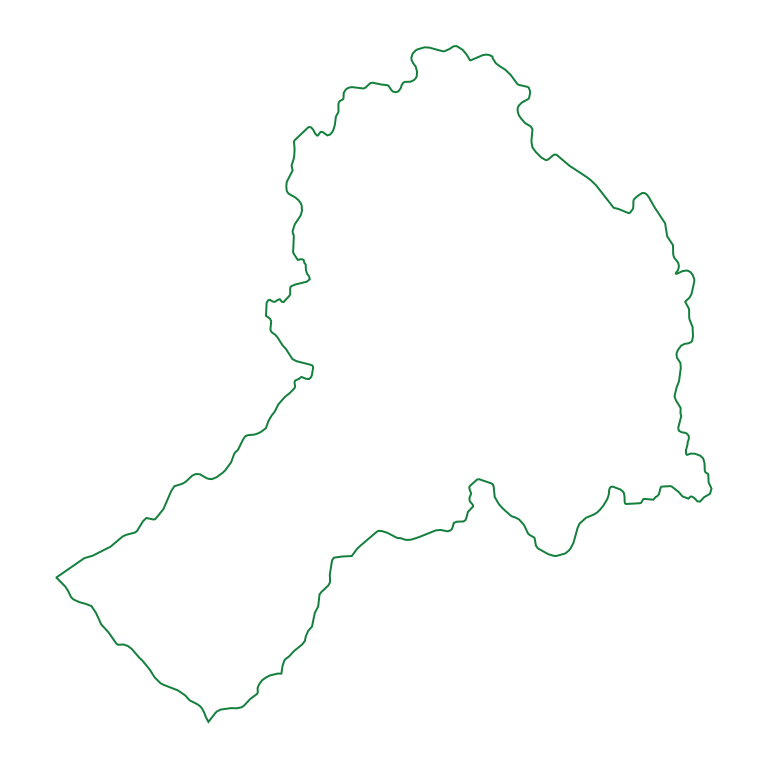 Quy Chau, Nghệ An, Vietnam
{"feature_id": "81297802B85029486143959", "entity_name": "Quy Chau", "entity_type": "district", "adm_level": 2, "iso_a3": "VNM", "parent_name": "Vietnam", "parent_adm1": "Nghệ An", "projection": "robinson", "projection_center": [105.091, 19.537], "detail": "fine", "context": "isolated", "style": "outline", "palette": "green", "viewbox_px": 768, "rotation_deg": 0, "n_neighbors": 0, "source": "geoboundaries", "source_scale": "gbopen_adm2", "svg_char_len": 6051}
<svg xmlns="http://www.w3.org/2000/svg" viewBox="0 0 768 768"><path d="M281.4,673.6L282.5,665.9L284.2,660.9L285.3,659.2L289.0,656.5L294.3,650.8L302.1,644.5L304.9,641.0L305.7,636.7L308.2,630.8L312.0,626.6L314.8,612.9L318.2,606.4L319.5,594.5L321.4,592.0L328.1,585.7L329.8,582.8L330.1,581.0L329.8,574.6L331.8,562.0L332.3,559.8L333.9,557.7L341.3,556.6L351.8,556.0L357.0,548.9L360.4,545.7L376.9,531.7L378.4,530.9L382.0,531.1L387.1,532.7L397.1,537.9L400.7,538.2L405.9,539.9L409.1,539.9L411.7,539.5L418.8,537.2L436.0,530.3L440.7,530.0L447.5,531.3L449.9,530.7L451.7,529.3L452.5,527.6L453.8,522.9L456.9,521.7L463.3,521.5L465.5,520.1L466.9,516.2L467.9,511.9L473.1,506.5L472.9,505.0L470.0,501.5L469.5,500.1L469.5,497.6L471.2,493.6L469.5,489.1L469.3,487.2L470.2,485.7L477.0,479.6L479.1,479.2L491.6,483.5L492.8,484.3L493.7,486.8L494.7,497.0L499.0,504.3L502.5,508.2L510.1,515.1L512.2,516.5L514.9,517.3L519.0,519.4L523.2,524.0L524.1,525.2L528.0,533.4L529.3,534.7L534.2,537.6L534.7,538.5L535.9,545.6L537.9,548.4L548.3,554.2L554.5,556.0L556.2,556.0L565.2,553.5L568.8,550.6L570.6,548.4L573.5,542.7L577.6,527.9L579.5,523.7L586.1,517.7L593.7,514.6L597.0,512.6L600.0,509.7L603.1,506.0L607.3,499.1L608.8,494.5L609.2,489.7L610.0,487.8L610.9,486.8L613.0,486.7L615.9,487.8L620.4,489.5L622.8,491.4L623.8,492.8L624.5,496.3L624.7,502.4L625.1,503.4L626.1,504.0L640.1,503.2L641.3,502.6L643.1,499.3L644.5,498.9L653.2,499.7L655.8,496.9L657.0,496.4L658.9,494.3L660.6,487.7L661.2,486.8L662.0,486.6L670.4,486.1L671.7,486.5L678.8,492.1L682.6,496.5L688.5,498.6L690.4,496.6L691.7,496.5L694.1,497.8L697.4,501.3L699.4,501.6L700.1,501.5L704.0,497.3L710.0,493.8L710.2,493.2L711.5,488.5L708.6,482.4L708.3,474.9L707.9,473.8L705.6,472.5L704.8,470.9L704.5,463.2L703.2,458.5L700.3,455.7L694.9,453.7L690.6,453.6L687.0,454.9L686.4,454.3L686.0,453.1L686.0,450.1L687.6,444.1L687.6,442.3L688.8,439.1L688.8,435.9L686.8,433.6L685.4,432.8L681.8,432.3L679.1,430.9L678.5,429.6L678.3,427.4L681.3,416.0L680.5,413.6L680.6,407.9L675.9,400.3L674.8,397.4L674.6,395.6L676.7,387.2L679.0,381.3L680.8,367.9L680.4,362.9L676.9,357.6L676.5,354.2L677.0,352.1L678.0,349.9L681.1,345.7L684.5,343.9L688.5,343.3L691.4,341.9L692.1,340.8L693.0,336.3L692.6,327.0L689.6,319.7L689.2,317.7L689.1,310.1L688.7,308.2L685.2,301.9L685.7,301.1L689.4,297.8L691.6,293.8L694.3,281.5L694.3,279.2L692.6,274.8L690.7,272.3L688.5,271.0L686.5,270.5L682.6,271.1L676.7,273.8L675.9,273.6L676.3,272.4L678.0,270.1L678.8,267.1L678.8,265.3L678.1,262.6L674.5,258.1L673.7,256.4L673.2,254.2L673.0,245.2L667.2,236.4L665.1,223.3L654.6,207.4L648.9,197.3L646.7,194.4L644.7,193.1L642.2,193.0L637.3,196.2L633.9,199.4L633.4,201.1L633.3,207.3L632.8,209.1L629.7,213.0L628.2,213.0L618.3,208.9L613.7,207.8L595.9,185.1L590.8,180.2L586.6,177.0L569.4,165.7L556.5,154.7L553.9,154.7L548.1,159.5L546.8,160.1L545.7,160.0L541.5,157.7L535.9,152.1L532.5,147.5L531.7,143.4L531.4,141.0L532.5,129.3L530.7,126.4L525.1,123.1L521.3,118.8L518.8,115.2L517.8,111.8L517.6,108.5L518.1,106.9L519.2,105.2L521.9,102.5L528.6,98.8L529.2,97.6L530.1,93.0L530.0,91.1L528.9,87.9L527.7,86.9L519.3,85.0L517.5,84.2L510.9,75.2L505.4,69.8L499.7,66.2L495.9,63.3L492.7,58.3L492.4,56.5L489.2,55.0L486.0,54.6L482.9,55.1L470.4,60.4L469.9,60.2L466.5,54.4L462.6,49.8L456.9,46.2L454.8,46.1L452.8,46.7L449.7,48.9L444.5,51.2L442.9,51.3L429.3,47.6L424.7,47.3L417.7,49.3L415.8,50.3L412.7,53.5L411.3,58.0L411.6,59.9L412.9,62.8L415.7,66.6L417.1,71.8L416.7,76.4L415.8,78.2L413.8,80.2L410.5,81.7L404.8,81.9L403.2,82.8L401.8,84.9L400.7,88.2L398.9,90.7L398.1,91.5L395.8,92.2L393.2,91.7L391.7,90.5L388.7,86.1L387.7,85.3L381.3,84.5L372.7,82.7L370.3,83.1L365.4,87.7L363.5,88.5L352.1,87.1L349.4,87.5L347.1,88.5L345.6,89.8L343.7,92.9L343.5,98.2L343.2,99.2L339.8,101.1L338.9,102.4L338.4,104.0L338.5,111.3L338.2,112.5L335.9,116.6L334.8,125.1L333.3,130.1L332.2,132.2L330.1,134.5L327.3,135.4L322.9,132.2L321.5,131.8L320.4,132.1L318.1,135.3L317.2,135.6L315.3,133.8L313.1,129.6L311.3,127.6L309.8,127.0L308.4,127.2L294.6,140.3L294.0,141.6L294.6,149.6L294.2,155.8L293.7,158.8L291.6,165.5L292.6,170.5L286.7,182.0L286.3,186.9L286.8,191.1L288.5,193.6L295.2,197.4L298.2,199.9L300.4,202.6L301.6,205.2L302.0,210.7L300.7,215.4L294.8,224.3L292.6,231.0L292.9,233.7L293.7,234.9L293.8,237.2L293.1,252.1L293.8,253.9L297.9,260.0L300.9,259.1L303.5,259.7L304.5,263.1L305.7,264.4L305.9,269.8L307.1,273.8L309.2,276.5L309.7,279.3L306.8,281.7L295.3,284.5L291.4,286.2L290.4,287.2L290.2,288.3L290.2,294.4L289.4,295.8L283.5,302.1L281.7,301.7L279.8,299.2L277.6,300.0L274.7,301.9L272.5,301.5L270.0,299.8L268.1,300.4L266.6,302.9L266.0,315.8L269.8,318.6L271.2,321.2L270.4,329.4L271.0,331.3L272.4,332.8L275.2,334.7L277.3,337.1L282.5,345.2L286.0,349.1L292.4,359.0L296.5,361.2L309.2,364.4L311.9,365.2L312.7,366.0L313.1,367.3L312.8,369.8L311.9,375.0L311.1,377.1L309.4,378.9L308.3,379.0L306.1,378.8L301.4,376.9L299.0,378.8L295.2,380.5L294.5,382.4L295.1,386.7L294.4,388.3L289.6,393.2L284.9,396.9L278.4,404.3L274.6,411.8L271.8,415.3L268.5,420.9L265.9,428.2L260.7,432.1L257.2,433.7L254.3,434.6L248.4,435.1L245.9,435.9L244.8,436.9L242.9,439.8L238.0,449.8L235.1,452.5L234.2,453.9L231.1,462.3L225.2,470.4L222.5,472.9L216.5,477.3L211.9,479.1L208.9,478.9L206.9,478.3L199.9,474.3L196.6,474.0L194.8,474.4L192.0,475.8L186.5,481.1L184.1,482.8L181.9,483.9L174.4,486.2L171.3,490.9L163.4,509.1L155.3,519.1L153.4,519.5L146.4,518.0L143.1,521.1L137.0,531.0L134.8,532.6L126.0,534.9L122.6,536.5L110.5,546.7L92.7,555.7L84.4,558.1L56.6,577.3L56.5,577.7L65.2,586.5L68.1,590.9L70.9,596.9L73.2,599.3L79.2,602.1L85.8,603.9L91.5,606.1L96.2,613.3L101.3,624.5L108.5,632.3L116.5,643.8L118.2,644.8L123.3,644.5L125.3,645.1L127.9,646.0L131.9,649.1L139.2,657.6L142.4,660.6L149.7,669.5L154.5,677.2L160.5,683.2L164.0,685.0L177.7,690.3L185.2,695.4L189.6,700.3L197.3,704.2L199.9,706.1L201.7,708.0L204.0,712.2L206.1,717.6L208.4,721.9L215.6,712.7L216.9,711.5L220.5,709.6L231.2,708.1L236.8,708.3L241.8,707.2L244.1,705.5L250.2,699.0L257.2,693.8L257.8,692.3L257.6,688.4L257.9,687.1L259.2,684.2L262.2,680.2L266.1,677.4L269.7,675.5L277.6,673.6L281.4,673.6Z" fill="none" stroke="#15803d" stroke-width="2"/></svg>